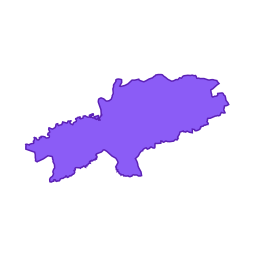 Bagoue, Savanes, Ivory Coast (Natural Earth projection), rotated 245°
{"feature_id": "98640826B26044148659027", "entity_name": "Bagoue", "entity_type": "district", "adm_level": 2, "iso_a3": "CIV", "parent_name": "Ivory Coast", "parent_adm1": "Savanes", "projection": "natural_earth1", "projection_center": [-6.474, 9.903], "detail": "fine", "context": "isolated", "style": "filled", "palette": "violet", "viewbox_px": 256, "rotation_deg": 245, "n_neighbors": 0, "source": "geoboundaries", "source_scale": "gbopen_adm2", "svg_char_len": 5856}
<svg xmlns="http://www.w3.org/2000/svg" viewBox="0 0 256 256"><g transform="rotate(245 128 128)"><path d="M158.8,87.1L158.5,86.8L158.6,84.6L158.2,84.3L157.0,84.7L155.8,83.8L155.8,81.1L154.4,79.3L155.8,78.0L156.8,77.6L157.7,77.7L158.2,79.0L158.6,79.3L158.8,78.9L158.9,77.9L159.6,76.7L158.5,75.3L158.3,74.7L161.1,71.4L160.8,71.0L159.8,70.6L159.7,69.9L159.0,69.3L159.5,67.5L159.4,66.3L159.7,66.0L160.3,65.8L161.6,66.1L161.9,64.8L161.7,64.3L160.2,63.3L159.2,62.1L158.9,59.2L160.0,57.9L161.2,57.0L161.5,56.4L160.4,55.6L157.4,55.4L157.1,55.0L157.1,53.5L156.2,52.5L155.6,52.3L155.0,53.3L154.0,53.4L153.0,52.8L152.8,51.8L153.4,49.8L154.3,49.1L155.1,49.0L156.3,47.4L157.1,45.7L156.7,45.1L156.1,45.3L156.0,45.1L156.8,43.7L156.5,43.4L155.5,43.3L155.0,42.0L155.1,41.5L155.8,40.6L157.7,40.5L159.0,39.2L158.9,38.8L157.6,38.8L156.3,37.5L156.0,36.6L155.0,36.7L154.1,36.0L154.1,35.3L154.4,34.9L154.8,32.5L154.4,31.4L155.9,29.7L156.1,29.0L156.4,28.8L156.3,28.3L155.0,28.1L154.4,27.6L152.0,26.5L145.5,33.2L143.0,32.7L140.2,31.4L138.7,31.1L137.4,30.3L136.2,30.9L135.7,31.6L136.0,32.4L135.8,33.1L135.8,38.3L136.7,43.7L134.4,47.0L133.7,47.2L131.4,46.5L130.6,46.6L129.1,45.8L126.5,45.9L125.7,45.8L122.7,44.6L122.1,43.3L120.5,41.7L119.7,41.3L118.1,41.2L117.4,40.6L116.2,39.2L115.7,36.7L114.7,35.4L112.8,34.6L112.0,34.7L112.0,35.2L111.4,35.8L111.5,37.3L111.2,38.0L111.3,38.5L112.3,38.8L112.4,39.2L112.1,39.9L111.6,40.3L110.6,40.1L109.7,40.9L109.8,41.8L109.2,43.1L109.3,43.8L110.4,45.2L110.3,46.7L109.8,47.8L110.1,49.0L109.9,50.1L110.7,51.2L110.6,51.7L110.0,52.1L109.2,51.9L108.9,52.0L108.7,53.5L109.2,54.3L109.4,55.1L109.4,55.3L108.8,55.7L108.7,56.1L108.9,57.3L109.4,58.0L109.2,59.2L109.6,60.1L110.5,61.1L112.3,61.2L112.2,62.1L112.4,62.6L113.8,62.9L114.1,63.8L113.8,64.7L112.3,67.4L111.6,67.9L112.2,69.1L111.8,69.6L112.2,71.7L110.4,73.0L111.1,73.3L110.9,73.4L111.3,74.2L111.1,74.7L111.7,74.8L111.8,75.1L111.6,76.0L112.4,77.1L112.3,77.7L112.6,78.1L112.2,78.7L113.1,78.6L113.3,78.7L113.3,79.4L113.8,79.2L114.0,79.8L113.7,80.1L113.7,81.1L114.0,81.1L114.0,81.4L113.6,81.8L113.3,81.7L113.2,82.0L113.7,83.4L113.6,84.1L113.1,84.4L113.6,84.7L113.3,85.7L113.7,85.6L113.9,85.9L113.7,86.4L114.2,86.5L114.1,87.0L114.8,87.7L115.6,87.9L116.5,87.4L117.0,88.0L117.4,87.8L117.9,88.5L117.5,93.7L118.0,95.4L118.5,96.1L118.4,96.8L118.1,97.4L115.7,99.0L109.4,101.6L105.8,104.2L102.1,104.6L100.8,104.3L97.9,100.4L96.8,100.6L96.1,100.1L95.3,99.9L95.0,100.6L94.5,100.9L94.1,100.2L93.1,99.8L93.2,100.4L92.8,100.8L91.3,101.0L90.6,100.8L90.0,101.1L89.2,102.0L88.3,101.8L88.4,102.3L87.7,103.6L87.3,104.0L86.4,103.9L86.2,104.6L85.8,104.9L84.8,106.9L84.7,107.8L83.5,108.5L83.1,109.1L82.9,109.8L83.0,110.5L82.7,111.1L83.3,111.9L83.3,113.4L82.4,114.3L82.2,115.2L81.6,116.2L80.1,117.2L79.3,118.9L79.1,120.2L82.7,121.2L87.6,120.9L89.9,121.1L90.9,121.5L93.1,121.9L95.4,121.9L97.1,121.7L98.4,125.6L100.3,128.0L101.4,130.2L101.2,131.8L101.9,132.2L102.3,133.0L102.5,134.7L102.4,135.9L102.1,136.3L101.0,136.4L100.6,136.7L100.5,139.1L101.0,139.8L101.1,140.9L99.6,142.0L98.8,143.1L98.7,143.7L99.1,144.2L102.1,145.7L102.5,146.2L101.6,148.0L100.4,151.2L100.4,151.5L102.2,152.2L101.8,152.7L101.9,153.2L100.6,153.7L100.1,154.2L100.0,155.2L100.3,156.3L99.7,157.5L99.0,158.0L97.9,160.3L96.8,163.9L97.3,164.9L97.4,166.5L96.5,167.3L96.5,167.8L96.8,168.2L97.5,168.6L97.6,169.2L98.8,169.1L100.5,171.8L102.3,173.3L102.2,174.8L102.0,175.5L101.9,176.8L100.9,177.0L100.6,177.9L100.0,178.4L99.9,178.9L100.2,179.5L100.0,180.4L98.1,182.0L96.5,184.3L99.8,185.8L98.4,187.7L97.4,187.5L97.0,187.9L96.5,189.2L96.4,191.4L96.6,192.8L97.3,193.2L97.5,194.1L98.2,194.2L98.5,194.6L97.9,197.0L98.4,198.2L97.9,199.3L97.8,201.2L97.4,201.9L98.3,202.7L100.4,202.2L101.4,203.3L102.4,203.6L102.4,204.0L103.0,204.4L102.1,206.6L101.9,212.2L101.5,213.4L101.5,214.4L100.8,215.2L100.6,216.7L101.8,218.0L102.6,219.2L101.0,221.3L100.8,222.4L103.4,222.4L104.6,222.7L105.6,223.8L106.0,223.8L106.5,224.4L107.1,224.6L107.1,225.6L106.8,226.1L106.6,227.0L106.7,229.2L108.7,229.2L111.6,228.5L114.7,229.3L116.1,229.5L117.4,228.8L118.9,228.8L119.7,228.5L120.2,227.6L121.4,223.9L121.0,223.6L120.1,223.4L119.6,222.7L119.6,221.1L120.2,219.9L120.1,218.9L120.5,217.6L121.7,217.5L123.5,218.2L124.0,218.1L127.1,218.9L127.6,219.3L127.7,221.3L129.4,226.8L129.8,229.3L132.3,228.6L133.4,228.6L135.2,226.2L135.9,225.5L136.6,223.9L137.0,222.2L137.5,221.2L140.7,217.8L142.4,214.2L143.4,213.0L143.7,211.8L144.0,211.4L145.0,211.4L145.7,211.6L147.0,211.4L147.5,210.0L148.8,208.5L149.2,206.8L150.5,204.5L151.7,200.8L151.6,199.2L150.8,198.2L150.6,197.3L151.7,196.2L151.6,195.6L150.8,193.9L150.9,193.3L151.6,192.0L151.5,189.1L152.0,187.3L155.4,184.6L158.1,183.4L159.4,182.5L161.7,181.6L162.4,180.7L163.7,178.0L164.3,175.5L163.8,174.6L163.7,173.2L163.1,171.5L163.5,167.8L163.2,164.3L163.2,162.0L164.0,160.9L166.5,158.4L167.7,158.4L168.5,154.3L169.7,151.9L168.0,146.6L167.9,143.1L168.5,139.8L169.0,138.6L169.5,138.2L171.9,141.5L174.4,142.6L174.9,142.3L176.3,140.3L176.7,139.3L176.9,138.3L176.7,137.3L175.3,136.7L173.3,133.3L172.4,132.7L171.4,132.3L169.8,130.8L165.6,129.3L163.9,127.3L163.2,127.0L161.2,125.0L160.7,122.5L161.3,120.1L161.9,119.5L164.7,118.3L166.7,116.3L166.7,114.1L166.4,113.5L164.9,112.4L163.8,112.0L156.0,111.2L151.9,109.6L151.5,109.9L150.6,109.4L150.9,108.9L150.1,108.3L149.1,106.2L148.6,105.9L147.4,106.1L147.0,106.0L147.5,104.9L148.2,105.4L148.9,104.7L149.1,103.1L149.3,103.0L149.1,103.9L149.8,105.5L151.3,106.5L151.9,106.3L152.1,103.9L152.6,102.1L152.2,101.8L151.7,101.9L150.7,102.5L150.4,102.1L151.4,101.7L151.9,100.5L153.2,99.6L153.4,98.9L154.2,99.4L154.5,100.9L154.3,101.9L155.0,102.4L155.6,102.4L155.8,101.8L155.9,98.5L155.5,98.2L154.7,98.4L154.2,97.9L154.3,97.3L154.9,96.0L156.5,94.7L157.0,94.5L157.3,94.0L157.2,93.4L157.6,92.5L156.0,91.3L156.4,88.9L157.1,88.4L158.0,89.3L158.4,89.1L158.4,88.2L158.8,87.1Z" fill="#8b5cf6" stroke="#5b21b6" stroke-width="1.5"/></g></svg>